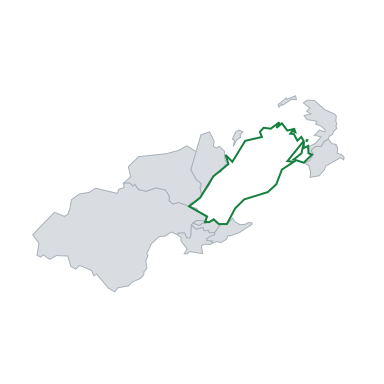 Turkey and the surrounding countries, rotated 140°
{"feature_id": "TUR", "entity_name": "Turkey", "entity_type": "country or territory", "adm_level": 0, "iso_a3": "TUR", "parent_name": "Asia", "parent_adm1": "", "projection": "orthographic", "projection_center": [34.29, 38.962], "detail": "coarse", "context": "with_neighbors", "style": "outline", "palette": "green", "viewbox_px": 384, "rotation_deg": 140, "n_neighbors": 9, "source": "natural_earth", "source_scale": "50m", "svg_char_len": 4503}
<svg xmlns="http://www.w3.org/2000/svg" viewBox="0 0 384 384"><g transform="rotate(140 192 192)"><path d="M166.3,230.7L162.8,220.0L178.6,209.7L180.6,198.8L179.5,192.3L183.2,189.8L186.4,183.9L189.3,182.2L197.6,182.6L200.3,184.6L203.5,182.7L209.3,192.7L214.2,194.8L215.4,199.9L212.1,203.4L211.2,210.6L217.2,218.3L226.8,221.9L231.4,228.0L231.0,234.6L233.4,234.2L234.0,238.9L238.8,242.8L229.1,243.1L224.5,252.3L210.1,253.4L187.2,237.9L175.5,232.5L166.3,230.7Z" fill="#d9dde1" stroke="#a8b0b8" stroke-width="1"/><path d="M238.8,242.8L234.0,238.9L233.4,234.2L231.0,234.6L231.4,228.0L226.8,221.9L217.2,218.3L211.2,210.6L212.1,203.4L215.4,199.9L214.2,194.8L209.3,192.7L198.9,176.0L200.0,173.1L196.7,163.1L201.1,160.1L202.5,163.3L206.5,167.0L211.3,167.6L213.8,167.0L220.8,159.3L223.2,158.2L225.6,160.5L224.0,165.3L228.9,169.2L230.5,168.5L233.7,174.7L240.5,175.4L246.0,178.9L256.0,178.6L266.2,174.0L266.4,171.8L271.9,168.7L275.5,162.6L280.0,161.8L282.4,159.4L287.3,159.0L295.5,161.4L301.0,160.9L310.4,166.3L315.3,165.1L317.8,172.2L317.8,190.5L321.1,190.9L319.4,196.5L325.2,207.9L330.7,207.7L332.6,213.0L328.3,222.8L336.7,230.4L344.3,231.9L346.2,239.3L349.9,239.5L351.4,243.2L342.2,251.0L341.5,261.7L310.5,264.9L305.4,255.3L301.6,254.7L296.2,257.7L289.4,263.6L279.7,262.9L271.1,257.9L263.5,256.9L250.1,239.0L246.3,241.1L241.1,239.0L238.8,242.8Z" fill="#d9dde1" stroke="#a8b0b8" stroke-width="1"/><path d="M139.9,226.7L142.4,216.7L146.3,213.3L145.0,209.8L141.7,209.4L140.9,202.6L146.4,194.9L146.7,189.9L149.1,191.6L156.9,188.8L160.8,190.3L166.6,190.0L174.6,186.1L186.4,183.9L183.2,189.8L179.5,192.3L180.6,198.8L178.6,209.7L148.4,230.1L139.9,226.7Z" fill="#d9dde1" stroke="#a8b0b8" stroke-width="1"/><path d="M213.8,167.0L211.3,167.6L207.7,161.4L204.7,161.8L202.5,159.7L192.9,156.1L193.0,151.7L191.6,148.7L200.6,146.3L205.0,149.7L204.0,152.1L207.9,154.7L206.4,157.7L212.8,160.8L213.8,167.0Z" fill="#d9dde1" stroke="#a8b0b8" stroke-width="1"/><path d="M55.1,119.1L56.4,122.9L72.9,126.0L76.3,124.0L84.0,122.6L92.1,127.3L88.5,130.8L85.6,137.0L87.4,142.2L81.8,140.6L74.8,142.9L74.3,147.3L68.2,147.6L63.9,144.0L58.3,145.8L53.4,145.0L53.8,139.0L50.9,135.8L52.1,134.7L51.6,133.5L53.1,130.8L55.9,128.4L53.3,124.2L53.2,120.9L55.1,119.1Z" fill="#d9dde1" stroke="#a8b0b8" stroke-width="1"/><path d="M70.9,201.1L69.8,203.7L59.3,203.4L59.5,202.0L50.9,199.2L52.6,195.6L56.2,199.1L67.2,200.3L66.9,201.8L70.9,201.1ZM53.4,145.0L58.3,145.8L63.9,144.0L68.2,147.6L74.3,147.3L74.8,142.9L77.8,145.5L75.3,150.9L73.6,151.8L66.1,149.9L57.8,151.3L61.8,156.9L54.5,157.5L51.5,152.5L50.0,154.3L50.8,159.8L53.7,164.4L50.9,166.0L57.3,173.5L56.9,178.6L50.7,175.4L52.3,180.2L47.7,180.6L49.4,188.8L44.7,188.3L39.5,183.6L37.5,170.1L32.7,160.1L32.6,157.5L36.4,153.7L37.3,150.9L39.6,149.9L40.1,147.6L44.5,147.4L47.3,145.8L50.9,146.5L53.4,145.0Z" fill="#d9dde1" stroke="#a8b0b8" stroke-width="1"/><path d="M207.8,141.1L211.2,139.7L216.5,144.4L219.5,144.6L223.5,138.0L232.1,147.8L235.3,147.7L237.7,149.7L232.4,151.4L231.8,161.7L229.7,164.2L230.5,168.5L228.9,169.2L224.0,165.3L225.6,160.5L223.2,158.2L220.8,159.3L213.8,167.0L212.8,160.8L206.4,157.7L207.9,154.7L204.0,152.1L205.0,149.7L200.6,146.3L202.1,144.6L210.9,146.6L211.7,145.5L207.8,141.1ZM211.3,167.6L206.5,167.0L202.5,163.3L201.1,160.1L202.5,159.7L204.7,161.8L207.7,161.4L211.3,167.6Z" fill="#d9dde1" stroke="#a8b0b8" stroke-width="1"/><path d="M165.9,129.8L166.6,128.7L181.8,130.5L191.1,133.9L192.4,135.4L196.2,133.6L202.5,134.8L204.9,138.1L209.3,139.7L207.8,141.1L211.7,145.5L210.9,146.6L207.3,146.6L202.1,144.6L200.6,146.3L191.6,148.7L184.7,144.9L177.7,146.0L178.4,142.1L176.2,136.1L172.2,133.1L168.5,132.4L165.9,129.8Z" fill="#d9dde1" stroke="#a8b0b8" stroke-width="1"/><path d="M127.1,206.6L119.5,210.1L115.9,208.9L114.3,205.3L118.3,205.0L119.3,202.8L124.6,203.0L131.2,200.4L126.3,204.2L127.1,206.6Z" fill="#d9dde1" stroke="#a8b0b8" stroke-width="1"/><path d="M169.5,151.7L185.9,145.0L192.0,150.1L193.0,157.2L198.1,157.8L201.3,160.6L196.2,163.6L203.5,182.9L189.3,182.4L165.5,190.3L146.1,190.0L142.5,198.8L141.7,189.2L118.3,197.0L103.1,189.2L101.4,194.4L95.9,195.2L91.0,189.9L80.2,189.2L86.0,186.8L79.0,186.8L79.5,177.8L73.1,174.6L74.4,171.5L75.8,174.3L79.2,173.5L76.7,171.0L78.3,163.6L72.8,163.9L73.7,159.3L99.0,154.3L94.6,149.7L108.7,151.4L122.5,143.7L133.9,143.2L156.8,152.8L169.5,151.7ZM87.5,142.6L93.2,151.6L83.4,151.2L73.9,158.5L78.4,153.9L73.4,152.6L77.8,146.9L76.2,143.5L87.5,142.6ZM72.1,156.9L70.8,158.0L70.4,157.6L72.1,156.9Z" fill="none" stroke="#15803d" stroke-width="2"/></g></svg>